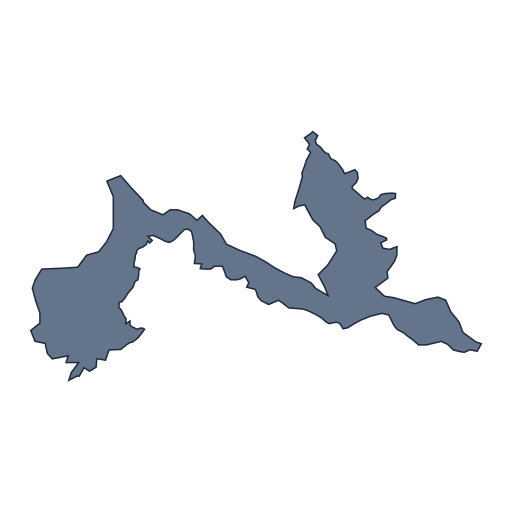 Choli, Paphos, Cyprus (Mercator projection)
{"feature_id": "46923920B7711307897542", "entity_name": "Choli", "entity_type": "district", "adm_level": 2, "iso_a3": "CYP", "parent_name": "Cyprus", "parent_adm1": "Paphos", "projection": "mercator", "projection_center": [32.456, 34.982], "detail": "fine", "context": "isolated", "style": "filled", "palette": "slate", "viewbox_px": 512, "rotation_deg": 0, "n_neighbors": 0, "source": "geoboundaries", "source_scale": "gbopen_adm2", "svg_char_len": 3318}
<svg xmlns="http://www.w3.org/2000/svg" viewBox="0 0 512 512"><path d="M312.5,131.7L310.7,133.6L304.5,137.8L309.6,144.4L307.2,149.0L310.6,152.4L306.5,159.9L304.7,165.6L301.9,173.2L302.4,176.7L298.9,189.1L294.9,201.5L293.7,208.6L299.5,205.8L304.7,204.9L312.7,219.7L320.1,226.8L325.3,237.3L335.1,243.8L336.7,250.9L327.7,265.1L318.2,274.6L325.0,287.9L328.1,295.6L315.8,288.5L311.2,282.9L301.3,277.7L293.3,276.8L284.7,273.1L274.3,267.5L265.4,261.7L255.9,256.4L239.3,250.2L226.4,244.1L220.5,233.9L208.6,222.5L202.4,215.4L196.9,220.3L189.5,213.8L177.5,209.8L170.2,209.8L162.8,214.8L150.8,209.8L143.4,202.4L143.1,200.3L130.5,187.0L120.7,175.6L106.9,181.1L113.3,196.6L113.3,220.0L113.3,228.6L106.3,242.2L98.6,251.8L86.6,255.2L77.7,267.2L67.4,267.9L64.2,268.1L46.2,268.9L41.8,269.1L35.3,279.6L32.3,288.2L35.4,299.7L35.6,300.5L39.9,313.2L39.9,323.1L30.7,330.5L35.0,341.3L45.2,343.4L47.3,353.3L52.2,358.9L68.2,355.8L66.0,362.6L78.6,362.6L71.3,372.5L68.8,380.3L76.9,376.1L78.7,376.1L79.3,376.1L84.0,367.7L89.6,371.2L96.1,367.2L96.8,358.7L105.5,360.2L109.0,350.0L116.6,349.6L120.5,349.6L127.0,344.4L130.3,342.4L132.2,342.3L137.8,338.1L142.5,332.2L144.6,329.2L142.5,328.1L139.8,328.2L136.8,329.3L134.6,327.9L131.6,326.8L129.9,324.5L130.0,321.0L125.9,323.7L126.0,318.6L124.4,316.4L123.1,313.8L122.6,312.6L121.0,309.6L118.9,307.4L119.0,305.4L119.2,302.6L122.0,301.6L125.1,297.8L128.0,293.1L132.9,287.4L135.1,281.5L137.8,279.8L138.6,275.5L138.8,271.4L140.0,268.7L136.3,267.3L134.1,267.1L134.1,262.6L135.1,258.8L135.2,255.7L136.5,252.8L136.8,250.5L139.0,248.4L142.4,247.3L146.3,244.4L147.8,241.0L149.6,243.0L152.3,240.4L147.8,236.2L153.1,235.6L156.0,236.7L160.7,238.9L165.5,241.4L169.5,242.4L173.2,240.5L176.4,237.7L180.0,233.9L184.5,229.5L188.4,229.2L191.7,232.0L193.7,242.1L193.6,250.1L195.4,255.8L194.3,263.5L201.7,263.9L200.2,268.6L203.8,269.0L210.7,269.1L214.6,266.2L222.4,266.2L224.0,270.2L226.4,276.9L230.8,279.8L236.7,279.8L241.1,278.6L245.0,276.2L248.8,282.7L246.7,287.2L255.1,289.3L256.0,290.9L257.8,296.7L261.3,300.8L268.6,304.5L278.5,300.3L282.6,303.1L288.0,307.3L288.9,307.9L294.1,308.3L303.2,309.1L308.4,310.9L316.3,314.8L321.2,317.7L326.1,322.0L329.2,323.7L332.4,322.9L336.8,322.2L340.1,323.9L343.1,328.8L347.7,327.8L353.0,324.4L360.7,320.2L370.5,316.2L381.9,313.4L388.8,315.0L391.8,321.2L394.2,325.9L397.1,329.4L403.4,332.7L407.1,335.7L413.1,340.1L418.5,344.9L426.5,344.9L441.2,341.4L443.6,342.5L447.7,344.4L453.2,349.9L459.3,351.5L464.3,352.3L469.9,349.8L477.2,351.3L481.3,343.8L475.9,341.9L463.0,332.5L459.0,322.0L450.8,311.8L445.7,300.1L437.9,297.1L425.7,299.6L415.2,303.7L394.0,297.7L384.4,296.2L375.2,287.5L387.9,278.1L387.1,271.6L390.2,267.4L394.7,261.1L396.9,254.9L397.0,246.6L389.6,249.4L383.0,248.2L380.7,242.9L386.7,239.9L386.5,238.2L382.5,236.3L376.9,234.4L370.9,230.1L366.2,228.2L365.1,220.8L373.3,214.3L378.9,210.9L381.3,207.0L386.1,203.5L391.3,199.5L395.3,198.3L395.6,193.5L391.9,193.1L384.7,193.6L380.7,194.7L378.5,198.0L373.3,199.9L370.6,199.3L367.6,197.2L364.9,199.1L361.6,196.7L357.5,193.0L352.4,188.5L352.0,186.8L356.2,182.6L358.1,178.3L357.3,172.3L354.9,169.7L349.8,171.7L344.5,173.7L342.9,170.0L338.2,163.6L335.2,160.7L331.0,158.8L328.2,153.7L326.1,153.2L323.5,151.0L320.1,146.8L316.5,144.2L315.3,140.7L317.7,135.6L313.3,132.0L312.5,131.7Z" fill="#64748b" stroke="#1e293b" stroke-width="1.5"/></svg>